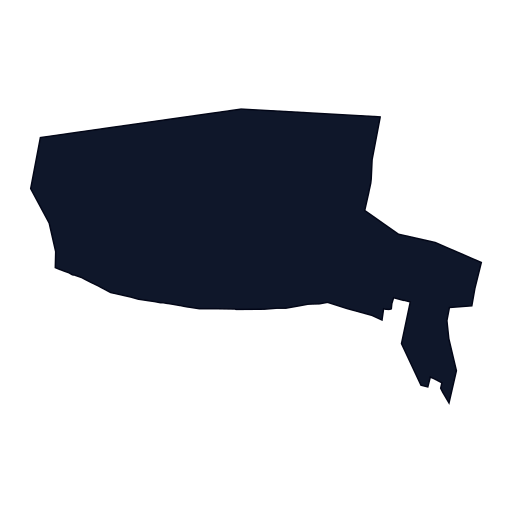 the district of Trinidad Zaachila, Oaxaca, Mexico
{"feature_id": "50627088B25274478654542", "entity_name": "Trinidad Zaachila", "entity_type": "district", "adm_level": 2, "iso_a3": "MEX", "parent_name": "Mexico", "parent_adm1": "Oaxaca", "projection": "robinson", "projection_center": [-96.784, 16.924], "detail": "fine", "context": "isolated", "style": "filled", "palette": "ink", "viewbox_px": 512, "rotation_deg": 0, "n_neighbors": 0, "source": "geoboundaries", "source_scale": "gbopen_adm2", "svg_char_len": 1624}
<svg xmlns="http://www.w3.org/2000/svg" viewBox="0 0 512 512"><path d="M456.4,370.7L448.8,338.7L446.9,320.6L449.4,307.5L471.8,305.8L474.9,288.3L481.3,262.5L470.4,257.8L464.3,255.1L446.6,247.5L439.1,244.2L435.2,242.5L398.4,234.2L364.7,210.5L368.6,193.2L369.0,191.2L369.3,189.6L369.7,188.0L370.1,186.1L370.7,183.3L370.9,181.7L371.2,178.9L372.1,159.6L380.1,117.5L380.1,116.9L321.9,113.6L241.1,109.1L176.9,118.2L115.4,126.9L81.0,131.8L40.4,137.6L30.7,188.6L49.2,223.1L55.7,251.7L55.3,267.6L60.1,269.6L60.6,269.7L63.9,271.0L69.0,272.8L71.8,274.5L72.3,274.7L73.2,275.0L74.5,275.0L75.4,275.4L81.8,277.6L85.3,279.5L90.4,282.1L91.6,282.7L98.3,285.9L101.0,287.4L110.6,292.5L131.0,297.1L138.0,299.1L138.3,299.2L141.9,299.7L147.8,300.6L154.8,301.6L160.3,302.7L163.1,302.7L166.9,303.4L168.8,303.6L173.6,304.4L179.8,305.5L180.3,305.5L183.9,306.3L186.2,306.7L187.8,307.0L188.9,307.1L199.2,308.7L216.0,308.7L234.8,309.0L236.1,309.4L237.2,309.4L264.1,309.2L276.7,308.2L278.7,308.2L285.8,308.2L298.8,305.9L307.9,304.2L312.2,304.0L319.5,303.8L323.8,303.0L326.6,302.5L327.8,302.4L346.9,308.5L372.0,315.4L382.0,320.0L383.6,308.7L385.5,309.2L387.2,309.3L388.8,309.4L390.2,309.2L391.3,308.8L391.8,303.6L393.6,297.7L403.6,300.4L404.2,300.3L410.3,301.9L401.5,343.6L421.0,385.2L421.5,385.3L427.8,386.9L430.3,377.0L431.4,377.6L431.9,377.8L432.4,378.0L433.0,378.2L433.4,378.4L433.9,378.6L434.9,379.1L435.4,379.4L436.0,379.7L436.5,379.9L437.0,380.2L437.6,380.5L438.0,380.8L438.6,381.0L439.0,381.3L440.0,381.8L440.6,382.1L441.3,382.5L441.9,382.8L440.7,388.2L442.7,392.2L449.0,402.9L456.4,370.7Z" fill="#0f172a" stroke="#020617" stroke-width="1.5"/></svg>